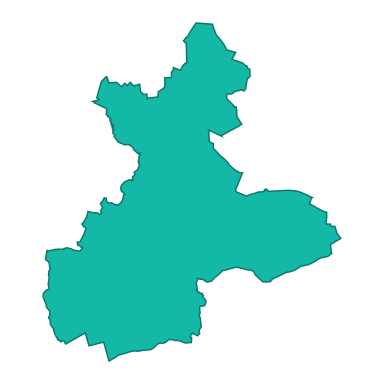 Īvandes pag., Kuldigas, Latvia
{"feature_id": "27541924B58037297238145", "entity_name": "Īvandes pag.", "entity_type": "district", "adm_level": 2, "iso_a3": "LVA", "parent_name": "Latvia", "parent_adm1": "Kuldigas", "projection": "orthographic", "projection_center": [21.775, 56.978], "detail": "fine", "context": "isolated", "style": "filled", "palette": "teal", "viewbox_px": 384, "rotation_deg": 0, "n_neighbors": 0, "source": "geoboundaries", "source_scale": "gbopen_adm2", "svg_char_len": 5936}
<svg xmlns="http://www.w3.org/2000/svg" viewBox="0 0 384 384"><path d="M49.8,250.8L47.0,250.5L45.5,259.5L48.3,261.7L49.0,262.0L49.9,268.4L50.3,269.6L49.0,270.6L48.5,275.3L49.2,276.8L48.5,282.0L48.3,282.7L48.5,286.5L49.4,288.1L48.9,288.9L46.6,290.1L45.2,291.3L43.6,293.2L43.3,294.5L43.2,297.1L44.3,300.1L46.1,304.0L46.3,306.1L46.5,306.8L47.0,307.9L49.3,310.6L49.9,312.3L50.0,312.8L49.7,314.2L49.9,314.8L49.9,315.2L49.7,315.7L48.9,316.5L48.7,317.8L48.8,318.4L49.5,319.0L49.9,319.5L50.4,321.9L50.2,323.4L50.3,323.8L51.4,325.9L54.1,329.5L53.6,330.0L53.8,330.9L54.0,331.1L54.3,332.4L56.0,336.4L56.6,337.4L57.5,337.8L57.7,338.1L57.6,338.6L57.3,339.0L57.6,339.6L60.1,341.0L61.1,341.9L61.9,340.5L64.1,341.1L64.4,341.9L65.7,344.0L85.3,332.9L89.0,345.8L103.7,342.1L109.0,361.0L115.4,357.3L118.3,355.3L128.7,352.1L133.9,350.9L137.8,351.2L144.4,350.1L149.8,349.8L150.7,349.6L152.4,348.7L154.0,347.6L154.8,346.9L156.7,344.7L158.7,343.5L159.8,343.1L163.9,343.1L166.4,341.7L168.2,340.1L169.4,339.5L171.9,339.6L175.4,340.6L178.9,340.5L182.4,342.0L185.1,342.9L187.3,342.9L189.7,342.5L191.1,342.7L191.6,341.0L191.4,339.6L191.7,337.8L191.5,337.5L190.9,337.6L190.5,337.5L190.5,335.8L190.5,335.5L191.1,334.7L192.0,334.0L192.5,333.2L197.7,335.8L199.7,333.4L198.9,330.8L201.3,326.5L201.1,325.8L200.1,317.3L199.1,315.6L200.1,313.0L199.6,307.9L199.8,306.5L204.6,305.7L205.9,302.7L205.9,300.8L205.4,299.9L202.5,296.3L203.4,295.5L203.1,295.1L202.5,294.6L202.4,294.3L201.8,294.0L201.7,293.8L201.9,293.5L200.9,293.6L200.5,293.0L199.9,293.2L199.6,292.7L199.0,292.2L198.5,292.0L198.3,291.6L197.9,291.6L197.2,290.8L196.8,290.8L196.7,290.3L196.3,290.3L196.4,289.6L197.2,289.4L196.4,282.4L197.8,278.3L198.7,278.5L199.5,279.2L200.8,279.3L201.0,279.1L201.6,279.3L201.9,279.1L202.6,279.1L202.8,279.3L202.8,279.5L203.6,279.7L203.7,280.0L204.4,280.3L204.4,280.6L204.8,280.9L207.3,282.1L211.7,281.0L212.7,279.8L213.6,278.4L217.7,275.3L222.9,270.5L227.4,269.6L233.5,267.8L236.1,267.3L237.1,267.2L248.2,270.0L249.4,270.1L249.7,269.9L253.3,271.1L254.3,272.4L255.1,274.6L262.8,281.9L267.3,282.0L268.9,281.6L269.9,281.8L270.7,281.3L272.2,279.5L273.3,278.5L277.7,276.6L286.2,272.3L289.6,271.9L293.9,270.5L297.1,268.7L300.5,266.5L304.3,265.5L307.6,264.9L310.7,263.6L315.6,261.1L318.7,258.9L319.9,258.3L323.2,257.3L327.9,256.4L331.8,253.3L331.3,252.9L330.5,244.4L340.8,238.4L338.0,234.6L337.1,233.8L334.9,226.3L331.1,226.5L330.9,226.3L330.5,224.1L326.0,224.0L326.7,217.1L326.6,212.1L324.6,211.8L322.4,211.0L309.5,203.7L311.5,198.0L312.3,197.6L304.3,193.8L300.9,192.4L297.5,191.3L295.1,190.9L290.7,190.4L287.6,190.3L268.9,191.4L266.1,189.0L264.4,189.9L264.7,190.9L262.5,191.8L257.7,192.1L256.0,192.9L245.9,196.0L235.5,191.4L235.5,190.7L236.0,188.7L237.8,184.4L242.5,172.8L241.4,173.0L238.8,172.3L236.4,170.9L233.8,169.0L230.4,166.0L228.7,164.3L228.1,162.9L225.5,160.2L223.1,157.9L221.7,157.0L220.0,155.5L217.5,152.6L213.2,148.2L213.5,143.8L209.3,141.7L209.1,138.4L208.8,130.9L208.5,130.0L221.7,136.2L221.5,135.9L222.1,135.2L237.5,126.8L241.7,124.2L237.6,117.6L236.9,117.1L236.7,110.5L236.2,107.1L234.3,106.6L233.0,104.9L228.1,100.0L227.0,99.2L226.6,97.4L226.9,93.9L231.8,93.9L235.1,91.5L240.7,90.0L241.3,89.6L241.6,89.9L243.8,91.0L245.5,89.4L247.0,80.1L247.8,78.3L249.5,77.0L250.0,76.4L249.8,71.1L249.7,71.0L249.8,70.9L249.9,69.3L248.1,68.7L246.7,65.8L245.5,65.7L242.6,63.0L232.0,59.3L235.7,52.4L226.6,49.9L225.6,47.4L222.5,42.3L217.8,36.7L216.1,34.6L213.4,27.6L212.4,24.2L196.1,23.0L194.7,24.9L188.8,34.0L188.4,35.6L185.7,37.9L185.2,38.6L185.4,38.7L183.5,40.9L186.3,43.7L186.8,62.5L184.5,63.9L182.5,66.2L181.2,69.0L180.2,70.2L173.5,67.6L173.3,69.2L172.9,70.4L171.5,72.3L171.4,72.7L171.5,75.8L171.2,77.5L170.0,77.7L164.8,77.7L164.9,87.0L162.1,89.4L158.4,91.6L157.7,97.0L148.1,98.1L147.6,98.3L147.2,98.6L146.8,94.0L143.7,94.5L140.6,91.7L139.6,84.3L139.5,84.2L133.7,85.9L133.4,85.8L130.4,82.3L127.6,85.2L127.5,85.6L124.9,83.3L121.4,86.7L116.6,82.4L108.8,82.9L108.8,82.5L107.0,77.1L106.0,76.8L101.3,81.7L96.7,98.0L97.2,98.1L99.2,99.6L99.2,99.8L99.0,100.0L92.9,101.3L93.5,101.5L93.6,102.3L93.8,102.5L104.7,107.7L105.6,107.9L106.0,108.3L106.7,109.7L106.2,114.7L107.0,114.9L108.0,115.5L108.1,115.8L107.8,116.2L107.8,116.5L108.3,116.4L109.7,118.0L110.4,118.0L110.7,118.5L110.6,119.0L109.8,119.9L109.7,120.2L110.8,121.7L111.4,121.9L111.4,122.2L110.9,122.7L111.2,123.5L111.4,123.6L111.2,124.4L111.3,124.8L111.3,125.1L111.6,125.5L112.3,124.8L112.2,124.6L112.4,124.5L113.1,125.4L112.5,125.3L112.3,126.1L112.9,126.2L113.4,126.0L113.6,126.2L113.4,127.0L113.2,127.2L112.7,127.1L112.3,127.5L112.3,127.8L112.9,127.9L113.0,128.0L112.8,128.3L112.5,128.3L113.7,129.6L113.3,129.6L112.9,130.0L112.9,130.4L113.6,130.4L113.6,130.6L113.1,131.3L112.8,133.0L115.0,135.5L114.3,136.7L118.3,142.2L123.2,144.1L123.5,144.5L125.6,144.8L126.2,144.6L128.7,144.6L129.4,145.0L129.8,145.0L130.0,145.4L131.0,145.8L131.3,146.3L133.5,147.8L133.2,149.2L137.6,153.2L138.6,153.5L140.0,152.9L140.0,153.7L140.2,153.9L139.2,154.7L139.6,155.4L139.6,156.0L138.7,157.0L139.0,158.7L138.3,161.4L138.3,161.7L138.7,162.9L139.0,163.6L139.3,163.5L139.2,165.8L137.5,169.7L134.2,172.2L134.8,175.2L132.4,176.9L133.1,180.2L131.8,180.5L131.6,180.0L130.6,179.8L129.4,179.9L127.9,180.6L127.2,180.6L123.7,182.7L121.4,185.5L121.0,187.4L120.7,187.8L121.0,190.0L121.9,191.8L122.5,191.6L124.0,193.3L124.7,194.4L123.7,194.9L123.3,196.6L122.7,199.5L121.7,201.7L120.5,203.3L120.2,203.1L118.5,205.0L115.0,204.6L111.3,202.7L110.8,203.1L108.8,203.1L106.9,201.7L106.3,200.3L106.2,198.2L104.2,197.9L102.5,201.4L100.4,203.3L102.5,207.6L100.5,210.8L101.8,213.0L99.4,214.5L97.9,213.0L95.8,212.7L94.5,212.8L92.3,212.5L88.0,211.6L86.9,216.2L84.0,221.8L81.9,224.0L83.3,226.1L86.1,228.2L84.3,233.1L82.3,237.3L79.8,242.3L77.3,242.0L77.7,245.3L78.5,245.2L79.5,245.6L81.0,247.1L82.1,247.0L82.5,247.7L80.0,251.1L74.6,250.4L70.5,248.6L66.8,247.8L66.0,247.9L63.4,249.0L62.6,249.2L58.9,249.2L55.2,249.4L49.8,250.8Z" fill="#14b8a6" stroke="#0f766e" stroke-width="1.5"/></svg>